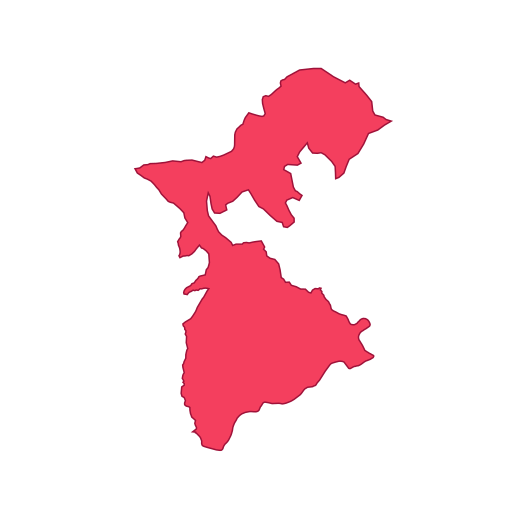 outline of Kanana, Berea, Lesotho, rotated 194°
{"feature_id": "5366337B51375862346998", "entity_name": "Kanana", "entity_type": "district", "adm_level": 2, "iso_a3": "LSO", "parent_name": "Lesotho", "parent_adm1": "Berea", "projection": "albers", "projection_center": [27.578, -29.257], "detail": "fine", "context": "isolated", "style": "filled", "palette": "rose", "viewbox_px": 512, "rotation_deg": 194, "n_neighbors": 0, "source": "geoboundaries", "source_scale": "gbopen_adm2", "svg_char_len": 6117}
<svg xmlns="http://www.w3.org/2000/svg" viewBox="0 0 512 512"><g transform="rotate(194 256 256)"><path d="M328.6,340.3L328.9,336.5L331.1,333.6L341.3,333.6L346.7,332.0L348.8,331.2L351.6,329.3L354.5,328.9L359.9,328.1L366.7,324.8L375.1,321.7L381.1,320.0L383.0,318.5L386.9,317.2L390.1,313.3L392.7,312.1L394.5,311.4L391.2,307.8L387.3,306.4L383.3,304.7L380.0,304.3L376.0,303.3L371.8,300.7L369.1,298.6L366.2,296.7L362.8,293.3L359.0,290.9L357.2,289.8L354.4,287.8L352.3,287.4L348.8,287.4L341.3,283.6L336.5,280.5L334.2,275.7L330.3,271.9L331.5,268.3L332.3,265.4L333.3,263.0L334.3,261.9L334.8,260.1L333.7,256.8L333.9,255.4L334.5,254.2L335.5,251.0L334.5,249.4L333.9,247.8L332.2,245.5L331.5,244.1L330.7,242.1L330.4,240.6L330.4,238.9L330.8,237.6L329.4,236.0L326.7,238.3L324.8,238.9L323.0,239.8L321.3,240.0L318.7,242.6L316.8,245.6L315.7,248.4L313.5,252.9L310.8,250.6L309.1,250.5L305.5,248.9L302.3,246.6L299.6,238.3L299.6,236.0L299.7,233.2L300.9,230.7L300.7,225.4L305.3,223.0L306.4,222.1L306.8,220.5L307.6,219.0L308.5,217.7L309.4,215.0L311.5,213.6L312.2,211.5L315.7,208.4L316.8,206.5L317.3,204.8L317.3,202.9L316.6,201.7L314.7,201.9L313.4,201.9L312.7,203.6L311.9,204.8L310.4,205.9L308.8,207.6L306.9,207.6L305.9,208.5L303.8,208.7L302.3,210.7L300.9,210.9L298.8,212.1L297.0,212.7L293.9,212.9L295.0,210.1L296.8,203.3L297.7,201.5L299.4,195.7L300.5,191.9L300.9,188.9L301.3,187.0L302.9,182.3L304.2,179.3L308.7,174.8L310.5,172.4L309.7,170.7L308.0,169.5L307.3,167.5L306.0,166.7L305.6,165.0L305.8,163.2L303.9,161.2L302.7,155.0L299.8,149.6L300.3,148.0L300.3,145.6L300.2,143.3L299.4,139.8L300.2,136.1L300.2,134.0L300.8,132.5L299.9,130.1L297.4,125.4L297.9,123.9L298.1,122.5L297.9,119.4L296.7,118.3L295.7,117.1L296.3,115.8L294.8,114.9L294.4,113.3L296.4,111.0L295.4,104.6L293.9,102.0L291.4,101.3L289.5,98.6L289.7,96.0L289.2,94.4L287.4,93.5L284.8,93.5L283.5,93.0L282.8,90.4L281.4,87.2L280.4,85.8L279.4,84.2L276.3,82.6L274.9,81.8L274.9,78.9L274.0,77.3L272.3,75.3L272.0,73.8L274.9,70.1L272.0,70.5L271.9,69.8L270.9,69.6L267.0,67.2L265.9,66.2L264.2,63.8L263.9,63.2L263.3,60.7L262.6,59.6L262.2,59.2L261.5,58.9L260.5,58.7L257.1,58.5L247.5,58.3L244.1,58.7L243.1,59.0L242.5,59.3L242.2,59.7L241.7,60.6L241.5,61.7L241.5,62.6L241.2,64.3L240.4,66.3L239.8,67.1L238.7,69.1L238.0,71.1L237.0,75.7L236.8,77.7L236.7,80.9L237.0,84.0L236.9,85.7L236.5,88.6L235.4,92.3L235.1,94.0L233.8,96.5L232.8,98.0L231.6,99.4L228.5,101.7L224.6,103.5L223.1,103.9L220.8,104.3L218.9,104.7L218.0,105.0L217.0,105.6L216.5,106.0L215.8,107.1L215.2,110.8L214.6,111.9L214.1,113.7L213.5,115.3L213.0,115.8L212.0,116.4L208.2,116.7L204.7,116.7L198.3,118.6L196.8,118.8L195.7,118.8L194.6,118.9L193.2,119.5L191.4,120.4L188.1,122.7L186.6,123.9L184.3,126.2L179.7,131.9L178.8,133.5L177.3,137.3L176.4,139.0L175.4,139.9L174.7,140.7L174.3,141.0L173.8,141.3L171.3,142.2L169.3,143.0L168.9,143.6L167.3,144.6L166.7,145.3L166.0,147.6L164.3,151.0L160.9,161.2L158.2,167.8L157.6,169.1L157.1,169.7L156.2,170.5L153.2,172.3L150.2,173.9L149.0,174.3L146.9,174.6L145.2,174.5L144.7,174.2L138.9,169.5L138.5,169.4L137.9,169.4L137.3,169.6L134.5,172.2L133.7,172.7L132.6,173.1L131.8,173.7L130.2,174.3L129.3,175.0L128.2,176.0L126.8,177.6L125.6,179.1L124.2,180.6L122.8,181.5L120.0,183.5L118.7,184.9L118.1,185.4L117.7,186.1L117.6,186.7L117.5,187.2L117.7,187.7L118.2,188.0L120.1,188.4L121.1,188.8L122.1,188.9L124.1,189.6L124.9,189.8L127.7,190.8L128.3,191.7L131.1,195.0L135.9,199.7L136.7,201.2L136.9,202.0L137.1,203.0L137.0,204.2L136.6,206.1L136.0,207.4L135.2,208.5L134.0,209.7L133.2,210.7L131.7,212.1L129.5,214.6L128.9,215.4L128.7,215.9L128.7,216.4L128.7,217.1L129.2,218.1L129.9,219.0L130.7,219.9L132.0,220.9L132.7,221.2L134.5,221.7L136.7,221.4L137.3,221.1L138.5,220.3L139.5,219.2L140.3,217.6L141.2,216.3L141.6,215.2L143.5,213.4L144.3,213.0L145.0,212.8L146.8,212.6L147.5,212.7L148.3,213.1L149.0,213.8L150.1,215.0L150.9,216.2L151.9,217.4L154.0,219.6L156.6,219.8L158.8,219.8L161.3,220.0L165.1,221.0L167.7,221.5L169.4,222.2L170.0,222.7L170.4,223.2L171.2,224.8L171.6,225.7L172.0,226.4L173.1,227.4L174.4,229.0L175.1,229.5L177.6,230.8L180.1,233.0L180.7,234.3L183.2,235.9L183.5,237.5L185.4,238.7L185.1,240.4L186.6,240.4L187.8,239.2L190.8,238.7L192.9,236.6L193.8,233.4L196.2,233.5L200.1,235.8L204.6,234.7L209.5,235.9L214.6,236.1L217.4,238.7L221.0,237.6L223.6,240.2L226.3,241.2L229.3,248.4L232.1,253.8L236.9,257.2L241.8,257.2L245.6,258.7L247.1,262.5L250.3,264.4L249.8,266.8L254.5,271.9L259.5,270.0L262.5,268.7L265.8,267.0L268.6,266.8L271.3,265.8L272.2,264.2L278.2,262.7L281.2,260.6L283.4,263.2L289.8,266.4L294.3,268.0L298.1,270.4L300.2,272.8L302.2,275.5L311.7,283.4L314.2,288.2L317.3,297.3L317.6,305.7L315.1,302.8L312.3,295.9L309.9,291.0L306.6,287.7L301.3,288.7L295.5,293.7L296.9,296.3L297.8,298.3L296.1,300.4L291.8,303.5L288.6,308.3L285.0,314.8L279.4,318.4L276.1,315.3L271.0,310.0L265.2,304.7L260.2,303.5L252.1,298.8L244.1,294.7L238.7,294.9L236.3,291.1L232.5,291.3L230.6,293.5L227.2,298.2L228.2,301.9L231.7,304.5L235.2,308.4L238.1,312.2L240.3,314.6L239.6,317.7L234.5,321.6L227.5,320.4L226.0,325.9L228.4,326.8L231.7,328.5L233.6,328.8L236.4,331.9L242.3,344.4L250.0,346.5L250.0,349.8L247.4,352.5L237.8,354.2L234.8,357.0L240.0,362.4L238.8,367.6L233.6,378.2L230.9,373.4L226.0,369.6L221.3,370.5L217.8,372.0L213.6,370.9L205.5,366.1L200.9,362.1L199.1,356.3L197.4,350.3L194.6,352.3L190.8,357.7L190.1,364.9L189.0,372.4L181.9,380.1L178.6,390.7L176.5,402.1L168.3,407.7L163.0,414.1L157.4,419.6L162.9,419.9L166.2,421.4L174.7,421.6L177.8,424.9L181.1,433.8L187.4,438.7L197.0,445.3L198.2,448.7L201.0,446.8L207.6,449.2L211.3,445.6L224.3,448.7L238.1,453.7L245.7,451.8L258.7,447.0L269.2,437.4L271.0,434.2L272.8,433.3L274.2,431.9L274.2,429.8L272.8,426.8L274.4,424.5L275.8,422.9L277.0,421.3L279.8,417.0L280.7,415.8L282.5,413.9L285.3,413.9L287.5,412.3L287.7,409.3L286.5,405.6L284.1,401.0L281.5,396.4L282.3,393.8L283.9,392.9L286.3,392.7L289.3,392.7L294.1,392.9L297.6,393.2L299.8,387.8L300.2,385.7L300.4,384.1L300.6,380.7L302.2,379.3L305.2,374.7L306.0,371.2L305.9,368.4L303.6,358.5L303.4,356.5L303.7,354.4L305.1,351.6L311.8,346.1L314.9,344.0L318.1,342.4L321.5,342.6L323.5,339.6L325.5,339.6L328.6,340.3Z" fill="#f43f5e" stroke="#9f1239" stroke-width="1.5"/></g></svg>